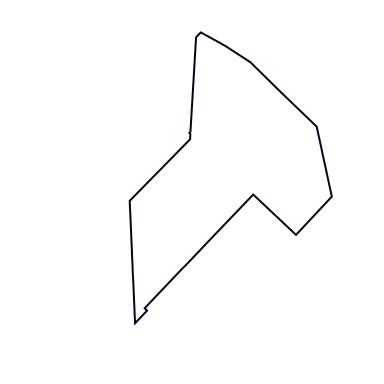 outline of Nye, Nevada, United States of America, rotated 44°
{"feature_id": "52423323B59835765201316", "entity_name": "Nye", "entity_type": "district", "adm_level": 2, "iso_a3": "USA", "parent_name": "United States of America", "parent_adm1": "Nevada", "projection": "albers", "projection_center": [-116.514, 37.564], "detail": "fine", "context": "isolated", "style": "outline", "palette": "ink", "viewbox_px": 384, "rotation_deg": 44, "n_neighbors": 0, "source": "geoboundaries", "source_scale": "gbopen_adm2", "svg_char_len": 689}
<svg xmlns="http://www.w3.org/2000/svg" viewBox="0 0 384 384"><g transform="rotate(44 192 192)"><path d="M191.3,58.5L176.6,58.4L143.9,58.1L115.0,63.7L109.1,65.2L87.5,71.1L87.4,77.8L119.8,115.6L149.0,149.7L149.0,151.3L150.6,151.5L154.0,155.4L154.0,156.6L153.6,208.4L153.3,241.6L155.6,243.8L159.9,247.9L164.3,252.0L195.0,281.2L197.8,283.9L198.7,284.6L205.9,291.7L206.2,291.9L214.7,299.8L225.1,309.7L225.3,309.9L237.6,321.6L239.0,322.9L241.7,325.4L242.2,325.9L242.1,312.7L242.1,308.6L238.7,308.5L238.2,252.5L238.4,250.8L238.1,216.2L237.8,151.3L296.6,150.6L295.8,98.2L256.8,72.1L256.3,71.7L236.3,58.4L230.7,58.4L230.1,58.4L191.3,58.5Z" fill="none" stroke="#020617" stroke-width="2"/></g></svg>